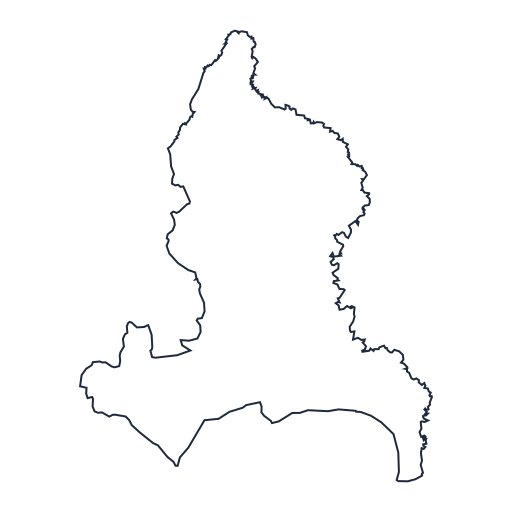 Kasulu, Kigoma, United Republic of Tanzania (orthographic projection)
{"feature_id": "72390352B21750015500578", "entity_name": "Kasulu", "entity_type": "district", "adm_level": 2, "iso_a3": "TZA", "parent_name": "United Republic of Tanzania", "parent_adm1": "Kigoma", "projection": "orthographic", "projection_center": [30.484, -4.434], "detail": "fine", "context": "isolated", "style": "outline", "palette": "slate", "viewbox_px": 512, "rotation_deg": 0, "n_neighbors": 0, "source": "geoboundaries", "source_scale": "gbopen_adm2", "svg_char_len": 6013}
<svg xmlns="http://www.w3.org/2000/svg" viewBox="0 0 512 512"><path d="M80.1,386.3L86.5,387.8L86.2,393.7L87.6,398.1L92.2,397.0L93.0,398.9L92.6,406.5L94.5,411.3L98.1,412.8L102.0,412.4L109.3,416.6L112.7,414.8L115.1,414.7L125.7,416.5L129.1,420.0L131.8,425.2L139.4,432.1L153.2,443.2L157.9,445.3L167.4,456.9L173.6,461.9L175.5,465.7L177.6,465.8L179.9,457.4L188.3,447.7L204.5,420.2L218.6,418.8L229.5,411.8L242.8,407.7L246.2,405.1L260.0,402.2L261.6,406.6L261.4,412.3L264.1,415.8L270.8,420.8L272.0,423.1L278.8,421.4L292.2,413.0L299.8,412.9L308.0,410.2L328.0,411.2L338.5,409.4L355.7,410.8L356.0,411.6L360.8,412.0L370.9,415.7L381.3,422.3L393.5,434.1L398.3,452.6L398.9,472.0L396.7,480.0L398.2,481.1L407.8,481.3L415.5,479.2L422.1,475.6L421.8,473.9L423.0,472.9L420.7,465.0L422.0,460.6L420.9,453.2L421.7,448.1L423.7,448.9L425.3,447.0L423.6,446.0L423.1,444.4L426.4,443.7L425.6,440.2L426.7,437.9L426.1,438.6L425.4,437.8L423.7,440.1L422.9,437.9L425.2,436.3L424.2,435.6L421.2,436.9L419.5,432.1L421.4,428.7L420.7,422.1L421.7,421.3L424.4,422.0L428.0,420.5L423.9,418.6L423.0,416.8L423.2,415.8L426.0,415.4L427.8,413.6L425.4,413.6L426.7,411.8L424.4,409.5L425.2,408.5L426.5,409.9L428.5,409.4L428.0,406.7L430.0,404.7L429.7,402.7L431.9,397.1L431.7,396.2L430.1,396.4L429.4,395.4L430.7,392.6L428.8,391.4L427.8,388.5L424.3,387.9L425.4,385.7L424.3,383.1L421.9,385.0L418.8,382.4L418.9,380.2L416.3,378.4L413.8,379.5L411.4,378.3L409.2,372.9L407.0,371.5L407.0,369.1L405.4,368.8L407.4,368.1L407.3,367.2L403.9,363.6L401.0,362.6L403.4,359.7L402.8,354.8L399.1,351.3L394.3,349.8L392.0,352.5L390.1,352.3L387.5,350.1L387.0,348.1L385.4,348.2L384.1,345.7L379.5,347.2L378.7,349.1L374.3,349.1L373.5,350.9L370.5,348.5L369.3,350.7L362.5,351.8L362.2,350.6L364.8,349.5L366.0,346.3L362.7,342.5L364.2,341.4L364.7,339.5L361.5,340.0L357.9,337.8L353.0,339.6L354.4,331.4L350.9,332.0L350.0,330.7L349.7,326.8L353.2,321.4L354.6,316.5L353.9,313.7L354.6,307.5L351.7,306.1L350.7,306.7L352.7,307.4L350.9,308.3L347.0,306.0L343.6,309.0L339.5,309.7L338.6,305.4L335.8,303.2L338.1,301.9L339.6,302.3L337.8,298.3L339.5,297.9L344.7,290.1L343.7,289.2L339.4,288.9L337.5,284.5L333.4,283.0L333.8,281.1L338.5,280.4L337.5,279.6L337.7,278.1L333.5,275.0L332.6,272.7L338.3,268.8L338.6,264.2L337.3,263.2L333.8,265.3L331.9,264.7L330.6,261.9L333.8,259.2L332.9,257.1L330.2,256.2L332.5,253.0L333.8,256.6L340.8,255.7L339.4,254.5L339.6,253.4L341.1,253.4L340.1,251.4L343.3,246.2L343.0,244.7L337.3,241.8L336.9,239.9L335.3,238.5L335.0,236.0L333.5,235.0L335.6,235.4L336.8,233.9L338.5,234.9L342.1,232.2L343.9,232.8L345.9,236.7L348.2,238.0L350.9,232.5L351.0,229.7L348.9,225.7L355.4,221.1L358.0,224.7L358.6,221.7L356.7,220.4L357.8,218.1L360.2,216.0L363.9,215.2L364.6,213.7L363.4,212.1L364.6,210.2L362.8,209.6L362.5,208.6L363.6,208.5L362.9,207.2L364.7,205.6L368.7,205.0L369.8,202.6L369.7,198.9L366.8,196.1L369.0,194.4L369.1,193.2L364.4,192.6L363.0,190.2L361.4,190.1L362.7,187.6L361.3,182.8L363.1,180.6L362.0,179.1L364.0,179.1L366.9,175.1L365.3,171.9L362.7,170.0L363.3,169.2L362.7,167.9L361.7,168.1L361.7,166.0L359.3,166.5L357.9,164.9L357.1,165.9L355.3,164.2L351.5,164.1L352.2,162.4L347.8,156.8L349.2,156.3L349.2,154.5L348.2,154.5L348.9,152.5L347.8,152.0L348.3,149.4L346.0,146.8L347.8,144.3L342.9,141.9L342.7,138.8L340.8,140.2L337.4,139.1L339.3,136.8L337.9,133.5L334.2,132.9L332.7,130.9L330.0,131.6L330.6,128.1L324.1,127.5L323.3,126.0L324.0,123.9L322.0,122.5L316.8,122.1L314.3,123.3L313.6,121.8L312.9,123.3L310.7,123.3L310.0,119.8L307.9,120.2L308.4,119.0L305.0,118.3L304.1,115.5L296.5,114.8L295.5,109.4L292.7,108.4L291.2,109.9L289.5,108.4L289.6,106.5L287.7,105.5L285.5,104.9L285.7,108.7L284.5,109.5L279.1,107.2L274.9,107.4L271.2,103.7L268.6,98.8L267.4,97.9L266.1,98.3L266.2,97.5L264.5,98.8L264.6,97.0L263.0,96.9L262.9,96.0L261.9,97.3L261.5,96.2L262.4,95.5L261.3,95.3L262.2,94.4L258.2,93.5L258.5,91.9L257.3,91.9L257.8,90.2L256.2,90.9L255.1,89.0L255.6,88.0L253.3,88.6L254.2,87.4L253.7,86.8L252.7,87.6L252.1,86.5L252.9,84.8L250.7,84.4L250.4,83.4L250.7,82.1L252.3,82.5L252.8,81.5L251.4,81.7L250.4,78.6L251.8,77.9L253.3,78.7L251.6,76.1L252.2,75.6L253.2,76.4L253.5,74.6L255.0,74.6L253.3,73.3L255.1,68.4L254.2,66.3L257.9,61.9L255.6,58.5L253.4,57.0L252.3,58.2L251.6,56.8L252.7,51.3L251.8,48.9L253.7,46.9L254.6,47.2L255.6,44.5L255.0,42.2L253.7,41.7L253.3,38.1L251.4,38.6L251.5,36.6L249.8,36.9L247.8,35.3L247.0,32.2L241.6,31.3L239.1,32.1L238.7,33.3L237.8,32.5L238.4,31.7L234.9,30.7L231.0,32.4L230.4,34.3L228.4,34.6L228.8,35.5L225.8,39.3L227.1,39.6L225.6,42.2L226.6,43.1L225.3,43.7L226.2,43.8L221.4,50.8L222.2,52.7L221.2,55.1L219.7,56.2L219.2,55.7L219.0,56.8L218.5,56.1L217.7,59.2L215.8,60.9L215.1,60.1L211.3,65.1L209.7,64.8L208.7,66.2L207.6,65.5L206.3,67.4L205.1,67.1L205.2,68.7L203.7,68.5L204.7,71.3L203.4,72.9L198.3,89.2L192.0,99.2L190.1,104.2L190.8,109.6L192.5,111.7L194.5,112.0L192.7,114.0L192.3,116.7L191.2,116.3L190.0,117.2L189.6,119.5L186.2,123.6L185.4,123.4L185.8,124.4L182.9,123.8L180.1,127.5L179.9,130.1L178.3,132.4L178.7,134.5L176.4,136.7L177.4,137.9L174.4,140.0L174.3,141.5L170.6,146.4L167.9,148.3L170.2,154.4L171.1,166.3L174.0,174.1L172.3,178.6L172.0,183.6L175.3,185.4L178.2,184.8L180.5,186.9L183.3,186.4L189.9,201.4L189.4,203.6L187.0,204.3L179.1,211.7L176.7,212.9L173.2,211.6L171.0,213.3L174.1,219.7L174.8,224.9L172.6,230.4L167.7,234.3L166.8,238.4L168.4,239.3L168.6,241.0L166.6,245.8L169.4,253.6L178.0,263.1L188.2,270.0L195.2,272.4L196.5,278.3L195.5,279.5L197.4,279.1L198.0,281.9L200.1,284.0L200.3,286.9L199.2,289.3L199.9,293.4L204.0,302.7L204.6,311.2L201.9,318.1L197.7,318.7L196.7,320.5L200.2,325.3L200.6,332.0L197.4,338.5L189.1,340.7L180.7,340.1L182.2,345.3L190.4,350.5L177.3,355.2L155.5,357.7L152.1,357.1L150.4,350.6L151.8,349.4L152.3,346.9L151.6,334.7L148.2,325.1L144.0,327.0L136.9,327.4L131.6,322.5L129.6,322.0L128.0,323.2L126.8,326.3L127.4,332.8L125.0,334.3L122.9,338.9L123.9,346.6L120.5,352.2L119.7,355.5L120.2,361.1L119.2,366.1L114.7,367.3L111.5,366.4L105.6,362.3L102.2,362.5L99.8,361.5L92.9,362.1L91.6,365.3L86.1,368.8L81.6,375.1L80.1,386.3Z" fill="none" stroke="#1e293b" stroke-width="2"/></svg>